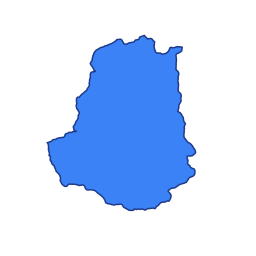 Asuncion, Áncash, Peru (Mercator projection), rotated 244°
{"feature_id": "86281439B44243657118562", "entity_name": "Asuncion", "entity_type": "district", "adm_level": 2, "iso_a3": "PER", "parent_name": "Peru", "parent_adm1": "Áncash", "projection": "mercator", "projection_center": [-77.399, -9.19], "detail": "fine", "context": "isolated", "style": "filled", "palette": "blue", "viewbox_px": 256, "rotation_deg": 244, "n_neighbors": 0, "source": "geoboundaries", "source_scale": "gbopen_adm2", "svg_char_len": 5785}
<svg xmlns="http://www.w3.org/2000/svg" viewBox="0 0 256 256"><g transform="rotate(244 128 128)"><path d="M150.2,49.1L149.0,49.2L147.7,49.0L146.3,48.4L145.0,47.9L143.0,46.8L141.2,46.6L139.5,46.1L139.0,45.9L137.9,45.0L137.6,45.1L137.2,45.7L137.1,45.8L136.2,45.5L135.6,45.5L135.2,45.2L134.4,44.5L133.2,44.1L132.6,43.9L132.1,44.0L131.5,44.5L131.3,44.6L130.2,44.0L129.8,43.9L128.6,44.1L128.2,44.3L127.3,44.6L126.5,45.1L125.7,45.0L125.3,44.8L124.0,44.8L120.2,44.5L118.2,45.3L117.1,45.5L116.7,45.7L115.1,45.9L114.7,45.9L113.9,45.6L113.0,45.5L112.2,45.3L111.9,45.2L111.2,44.4L110.7,44.1L109.9,44.0L107.2,44.0L105.7,44.3L105.0,44.6L103.4,45.4L102.7,46.7L102.6,47.0L102.5,47.5L102.7,48.2L103.2,49.1L103.4,49.8L103.2,51.0L102.3,52.5L101.7,53.6L101.6,54.0L100.5,55.9L99.3,57.4L98.5,58.0L97.9,58.7L97.7,59.1L97.2,60.6L97.0,61.1L96.8,62.2L96.4,62.7L95.7,63.2L95.0,63.5L92.9,63.3L91.7,63.3L91.2,63.5L90.2,64.3L89.8,64.9L89.0,67.0L88.5,68.2L87.5,69.3L86.6,70.5L85.7,71.2L82.7,72.3L80.0,73.8L76.6,75.2L75.5,75.4L73.2,75.6L71.3,75.3L70.4,75.3L70.4,75.5L69.8,76.0L69.1,76.4L68.5,76.9L68.0,78.0L67.4,78.7L66.5,79.5L66.0,80.3L64.8,81.9L64.6,82.8L64.5,83.9L64.2,84.7L63.5,85.7L63.1,87.4L62.6,88.4L61.7,89.0L61.0,89.2L60.5,89.3L59.6,89.2L58.9,89.3L58.4,89.5L57.1,90.6L56.6,90.8L56.0,91.2L55.3,91.9L54.9,92.2L54.1,92.4L53.8,92.8L52.9,94.1L52.1,95.6L51.7,96.6L51.8,97.2L52.3,97.8L52.3,98.4L51.9,99.0L51.5,99.3L51.2,99.7L50.9,100.3L50.9,101.0L50.9,101.3L49.6,103.2L49.4,103.7L49.4,104.3L48.9,105.2L48.7,105.6L47.6,106.5L46.8,107.3L46.7,107.6L46.9,109.8L46.9,110.4L46.8,110.8L46.0,112.3L45.9,113.0L45.0,115.4L44.7,116.0L43.8,116.7L43.7,116.9L43.7,117.1L43.9,117.5L44.6,118.6L44.9,119.4L45.0,120.5L45.6,122.3L46.1,123.5L46.5,124.9L46.5,125.6L46.1,126.8L45.4,128.2L45.2,129.5L45.2,130.8L45.1,131.6L44.6,132.2L44.4,132.8L44.4,133.1L44.7,133.6L46.6,136.0L48.6,137.2L49.3,137.3L50.8,137.1L52.1,136.7L52.9,136.4L53.6,136.4L53.9,136.7L54.3,137.6L54.7,139.4L54.8,140.5L54.4,141.9L54.0,142.8L53.7,144.1L53.8,145.2L54.2,146.9L54.5,149.6L54.4,151.0L53.9,153.6L53.6,156.6L54.5,158.0L55.2,159.3L56.1,160.5L56.4,161.2L56.4,163.3L56.2,165.1L56.6,166.7L57.8,168.2L60.4,169.5L61.5,169.5L62.3,169.4L63.6,168.1L65.1,167.0L65.8,166.9L66.6,167.1L67.0,167.1L68.4,166.4L69.0,166.0L69.8,166.0L70.5,166.3L72.4,167.6L73.2,167.8L74.9,167.9L75.4,168.1L76.7,168.8L76.7,169.0L76.3,170.2L75.5,171.6L74.9,173.7L75.0,174.4L75.3,175.1L75.5,176.3L75.9,177.4L76.1,177.8L76.5,178.0L77.5,178.4L78.5,178.5L79.2,178.6L80.4,178.4L82.1,178.0L83.4,178.2L84.4,177.8L85.5,177.6L87.0,177.0L87.7,176.5L88.1,176.0L89.3,175.4L91.6,175.0L95.0,174.3L97.1,175.1L98.1,175.6L99.4,176.6L100.7,177.1L102.6,178.4L103.3,178.7L103.9,178.8L104.7,179.3L105.4,180.1L106.1,180.7L106.7,181.5L107.7,181.4L109.3,181.1L110.7,181.4L112.2,181.9L113.4,182.2L114.1,182.2L115.3,182.0L117.0,182.0L118.7,181.6L121.1,180.0L122.7,181.5L124.0,182.5L125.8,183.5L126.4,184.0L127.6,185.6L128.7,187.3L129.7,187.8L130.9,188.2L131.5,188.5L132.1,188.8L132.8,189.5L133.5,190.0L135.0,190.3L135.9,190.3L136.7,190.1L138.0,189.5L139.0,189.3L139.6,189.4L140.2,190.0L140.7,190.0L142.0,190.7L144.2,192.1L145.1,192.5L145.7,192.6L146.7,193.2L147.0,193.2L148.0,193.2L150.4,194.8L150.8,195.0L151.3,195.0L151.9,195.4L153.3,196.6L154.5,197.4L155.2,197.7L156.5,197.7L157.8,197.4L159.3,196.8L159.7,196.9L160.5,197.3L162.5,198.3L163.4,198.9L164.2,199.2L165.9,200.1L167.7,201.3L171.3,202.6L172.8,203.2L173.3,204.2L173.2,206.2L173.4,209.0L173.7,209.8L174.2,210.4L176.0,211.5L176.8,212.1L177.0,212.0L178.1,210.4L179.0,208.6L179.6,207.9L180.0,204.6L180.2,203.8L180.5,203.3L181.3,202.6L181.6,201.9L181.7,201.3L181.6,200.8L181.0,200.1L180.5,199.7L179.5,198.3L179.1,197.6L178.7,196.6L178.5,194.9L178.6,194.2L178.7,193.3L178.9,192.8L179.1,191.8L179.3,191.1L179.5,190.9L180.8,190.2L181.2,189.7L182.8,186.9L183.2,186.4L183.9,186.1L184.5,186.1L185.3,186.3L188.2,186.6L190.0,187.2L190.8,187.9L191.4,188.2L192.8,189.0L193.4,189.5L193.9,189.7L195.6,188.9L196.7,188.8L197.8,188.4L198.4,187.8L198.7,187.2L199.4,185.1L199.4,184.6L201.4,184.1L202.4,183.5L203.8,183.4L204.1,183.2L204.2,181.4L204.6,178.7L204.4,178.2L204.0,177.7L203.3,177.2L203.1,175.5L203.7,173.7L203.7,172.8L202.9,171.7L202.8,170.3L203.9,167.0L204.1,165.5L204.0,164.8L203.9,163.8L205.0,161.5L205.6,161.2L206.7,161.3L207.8,161.1L209.4,161.1L210.2,160.9L210.9,160.4L211.9,158.1L212.3,156.7L211.5,154.7L211.5,153.9L211.2,152.6L211.2,151.3L211.1,150.4L211.2,149.0L211.5,146.4L211.3,146.0L211.9,142.7L211.7,141.6L211.9,140.4L212.3,138.9L212.2,138.2L212.1,136.2L211.9,135.2L212.0,133.8L211.8,133.2L211.2,132.2L210.9,131.3L210.2,130.1L209.4,129.6L208.9,129.1L208.4,128.1L207.7,127.8L205.7,126.0L204.4,125.5L204.2,125.2L204.1,124.7L204.0,124.3L202.6,122.4L201.1,122.3L199.8,122.6L196.1,123.0L194.8,122.7L193.6,123.5L193.3,123.5L193.3,122.8L193.9,120.9L194.1,120.0L194.1,119.1L193.3,118.0L191.0,116.8L190.0,116.4L189.0,115.3L187.9,114.4L186.9,114.0L185.1,112.6L184.4,112.4L183.6,112.3L182.4,110.9L182.0,110.3L181.2,108.6L180.9,108.4L180.2,108.0L179.9,106.7L179.7,105.6L179.3,104.6L178.5,100.9L177.1,97.6L177.8,96.1L177.6,95.6L176.8,94.5L174.9,93.5L172.7,92.8L172.1,92.4L171.4,91.7L170.7,91.2L169.5,90.8L167.7,90.5L166.9,90.6L166.1,91.0L165.5,90.8L164.5,90.8L163.5,91.0L162.8,90.8L162.1,90.3L161.7,89.8L161.5,89.2L160.8,88.6L159.5,87.9L158.7,87.6L157.2,85.3L156.7,84.2L154.4,81.6L153.4,79.7L152.7,79.2L150.1,78.7L147.7,79.8L147.8,79.3L148.2,78.8L148.2,78.3L148.3,78.1L148.7,77.7L149.0,76.5L148.7,75.8L148.7,75.3L148.8,75.2L148.9,74.8L149.8,73.6L149.9,73.0L149.9,72.5L149.8,71.8L149.7,70.8L149.8,70.6L150.1,70.1L150.1,69.6L149.7,68.7L149.3,68.2L148.5,67.6L148.1,66.9L147.9,66.3L147.9,65.7L148.4,64.6L149.4,61.6L149.7,59.3L149.5,58.2L150.2,55.9L150.3,54.9L149.8,53.7L149.6,52.7L149.9,51.7L149.9,50.3L150.2,49.1Z" fill="#3b82f6" stroke="#1e3a8a" stroke-width="1.5"/></g></svg>